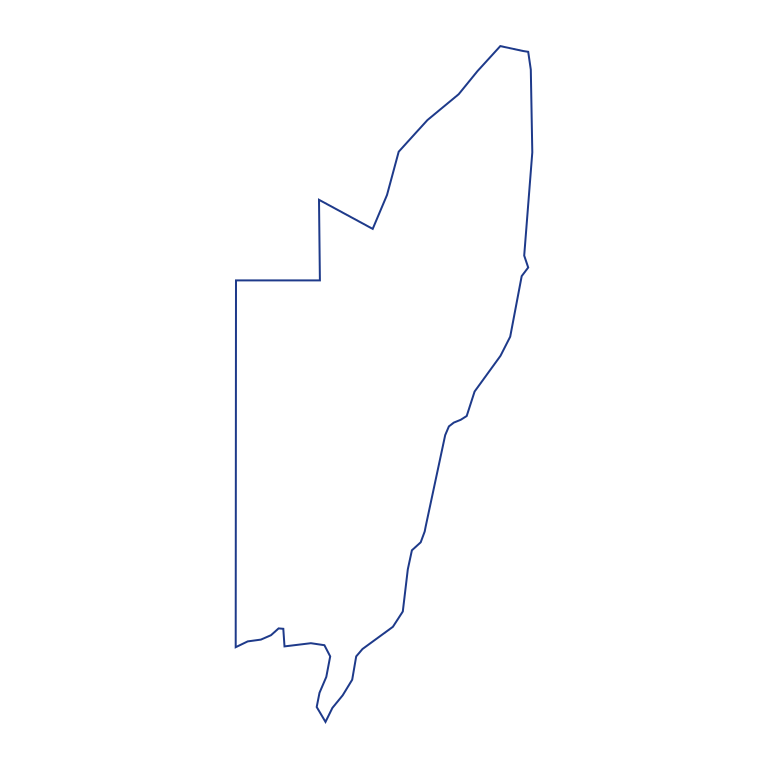 Al Wakrah, Equal Earth projection
{"feature_id": "QAT-1101", "entity_name": "Al Wakrah", "entity_type": "Municipality", "adm_level": 1, "iso_a3": "QAT", "parent_name": "Qatar", "parent_adm1": "", "projection": "equal_earth", "projection_center": [51.437, 24.907], "detail": "fine", "context": "isolated", "style": "outline", "palette": "blue", "viewbox_px": 768, "rotation_deg": 0, "n_neighbors": 0, "source": "natural_earth", "source_scale": "10m", "svg_char_len": 768}
<svg xmlns="http://www.w3.org/2000/svg" viewBox="0 0 768 768"><path d="M528.2,51.8L530.8,69.6L532.3,152.4L524.2,255.6L528.2,267.5L521.7,276.1L510.2,336.7L500.5,355.8L474.6,391.5L466.7,416.0L460.7,419.8L453.8,422.6L448.9,426.4L445.2,435.1L425.7,526.4L424.7,531.5L420.7,542.3L411.9,550.3L407.8,569.4L402.8,611.5L392.9,626.8L362.5,649.0L356.2,656.4L352.2,679.7L342.7,695.3L332.4,707.9L325.5,721.9L316.7,707.0L319.5,692.8L326.3,676.9L330.2,656.4L324.4,645.2L310.9,643.2L284.5,646.4L283.3,628.8L278.6,628.4L271.0,635.2L260.9,639.6L247.7,641.4L235.7,647.2L236.0,280.4L319.9,280.4L319.0,199.8L372.7,228.9L387.0,195.0L398.7,151.7L416.2,132.4L427.5,120.0L440.2,109.5L458.7,94.2L477.4,71.2L500.3,46.1L523.0,51.0L528.2,51.8Z" fill="none" stroke="#1e3a8a" stroke-width="2"/></svg>